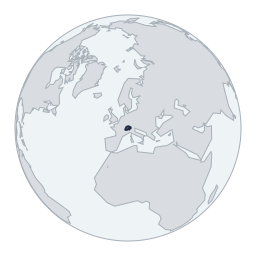 Switzerland on an orthographic globe, rotated 346°
{"feature_id": "CHE", "entity_name": "Switzerland", "entity_type": "country or territory", "adm_level": 0, "iso_a3": "CHE", "parent_name": "Europe", "parent_adm1": "", "projection": "orthographic", "projection_center": [8.313, 46.803], "detail": "fine", "context": "on_globe", "style": "filled", "palette": "slate", "viewbox_px": 256, "rotation_deg": 346, "n_neighbors": 0, "source": "natural_earth", "source_scale": "50m", "svg_char_len": 11085}
<svg xmlns="http://www.w3.org/2000/svg" viewBox="0 0 256 256"><g transform="rotate(346 128 128)"><circle cx="128" cy="128" r="113" fill="#eef3f6" stroke="#a8b0b8"/><path d="M31.8,69.3L33.4,66.9L47.8,49.3L37.2,61.3L42.9,54.2L44.7,52.2L44.5,52.4L51.2,45.9L55.9,41.7L64.9,35.6L73.1,33.2L70.0,34.9L72.4,34.4L76.3,32.3L78.4,31.1L91.7,28.2L105.2,24.3L108.3,22.2L108.5,23.6L113.6,19.4L120.1,17.9L113.4,20.2L113.3,21.0L118.1,20.1L119.0,20.7L121.9,20.7L122.5,21.6L118.6,23.2L118.9,23.9L122.3,23.3L125.1,24.0L120.1,24.8L124.4,26.2L118.6,29.6L104.6,31.9L102.1,35.4L89.5,42.4L91.3,42.9L87.7,46.1L88.5,48.0L85.9,49.0L88.7,49.6L90.9,48.4L92.9,48.3L93.5,49.3L90.4,50.7L89.6,50.4L89.0,51.4L87.2,51.6L88.5,52.1L84.6,53.8L89.3,53.7L87.0,56.4L84.2,57.1L83.3,54.9L74.5,51.9L71.4,52.4L67.8,55.1L63.6,64.2L60.6,65.8L57.5,69.5L59.6,69.5L62.9,66.6L66.1,67.7L69.7,64.4L71.6,64.5L75.8,62.1L76.4,64.8L74.7,68.9L71.3,71.0L70.4,73.0L74.7,73.0L69.3,79.3L67.4,87.7L65.9,89.2L61.0,88.1L58.5,82.6L52.2,82.1L57.5,85.0L53.6,89.1L53.5,91.0L54.4,92.4L56.4,91.8L55.3,93.9L49.6,91.6L50.5,89.7L52.3,90.3L51.1,87.9L47.3,86.8L45.6,89.2L41.6,85.8L40.3,87.5L38.7,87.9L41.0,85.2L36.9,90.1L31.9,88.2L26.1,96.9L30.4,87.0L31.2,83.2L31.5,79.5L30.5,80.8L32.4,74.8L31.7,72.8L28.0,77.4L24.7,84.0L22.9,89.9L24.0,88.9L23.7,92.5L20.5,96.9L19.4,105.3L17.5,110.2L16.8,115.2L17.0,118.1L17.0,123.3L18.2,122.7L19.7,125.2L18.5,129.9L20.2,128.1L20.3,132.7L23.9,141.0L23.3,141.4L26.1,153.9L31.1,163.8L32.2,168.8L31.4,170.0L33.6,173.1L33.7,174.5L44.0,186.4L50.7,194.6L51.5,198.9L47.8,200.0L48.8,206.5L43.3,202.1L44.3,203.4L39.1,197.2L34.4,190.7L30.2,183.9L26.5,176.8L23.3,169.5L20.6,162.0L18.5,154.2L16.9,146.4L15.8,138.4L15.4,130.5L16.0,129.3L16.8,121.8L16.8,119.0L16.3,119.4L17.3,109.1L18.9,102.2L27.2,77.7L31.8,69.3ZM24.4,99.2L23.3,111.3L22.3,107.1L22.8,107.3L23.4,103.6L24.0,98.2L23.7,94.9L24.4,99.2ZM27.5,98.5L27.6,96.7L27.7,98.1L27.5,98.5ZM79.1,30.5L76.3,32.2L72.4,34.0L74.6,32.4L79.1,30.5ZM86.7,27.8L85.6,28.6L83.1,28.8L84.5,28.3L86.7,27.8ZM110.3,20.8L107.8,21.4L109.9,20.6L110.3,20.8ZM122.2,20.6L122.6,20.2L123.9,20.4L122.2,20.6ZM75.2,60.8L75.4,61.4L74.5,61.5L75.2,60.8ZM76.7,59.2L75.4,58.9L75.9,58.1L76.7,58.3L76.7,59.2ZM126.1,22.0L128.0,22.6L125.4,22.3L126.1,22.0ZM78.2,59.9L77.1,56.8L78.0,55.4L81.8,55.2L78.2,59.9ZM128.7,23.0L133.6,24.5L134.9,23.8L133.8,26.9L130.1,24.5L126.6,24.2L128.7,23.7L128.7,23.0ZM91.3,47.5L89.0,48.9L90.3,46.8L91.3,47.5ZM91.7,46.3L92.9,40.5L96.6,39.2L95.5,41.3L99.8,39.0L101.0,41.1L98.9,42.9L96.3,43.3L98.8,43.9L91.7,46.3ZM132.5,28.5L133.1,29.1L131.7,28.8L132.5,28.5ZM93.8,48.1L93.7,47.0L96.9,45.7L97.7,47.8L96.4,47.5L93.8,48.1ZM100.4,37.4L102.9,36.9L104.6,38.5L105.8,38.5L101.4,41.1L100.4,37.4ZM96.0,48.3L98.0,48.9L97.1,50.4L94.1,49.1L96.0,48.3ZM97.4,44.6L99.0,44.1L98.4,45.0L97.4,44.6ZM94.9,56.6L94.7,55.2L96.4,54.3L94.9,56.6ZM98.8,49.0L99.1,48.4L99.7,48.0L100.8,48.7L98.8,49.0ZM102.9,42.1L103.0,42.9L104.8,41.1L106.1,42.4L102.9,43.9L104.8,43.8L105.3,44.2L102.2,45.0L102.9,42.1ZM103.8,48.1L100.2,50.7L100.2,53.5L98.7,54.2L99.1,49.6L103.8,48.1ZM103.1,46.2L103.2,47.5L101.3,47.7L100.1,46.9L103.1,46.2ZM108.1,42.7L106.9,40.4L107.7,40.2L108.1,42.7ZM104.2,48.8L105.0,48.2L104.4,49.0L104.2,48.8ZM107.3,44.5L106.8,43.7L107.7,43.5L107.3,44.5ZM107.2,47.7L106.0,48.5L105.2,48.0L107.2,47.7ZM107.6,46.2L108.9,46.1L105.6,47.3L107.2,45.9L107.6,46.2ZM108.2,44.4L108.6,44.0L108.3,44.8L108.2,44.4ZM111.2,49.5L107.2,51.1L105.3,49.9L109.4,48.4L111.2,49.5ZM240.3,119.8L239.9,116.8L239.6,117.5L238.4,112.1L235.7,107.1L236.0,112.4L234.7,109.3L231.1,107.3L230.8,114.8L231.0,131.3L233.1,139.7L232.3,146.2L226.3,139.8L222.5,133.1L221.1,136.4L214.3,134.1L204.7,143.0L202.7,141.5L201.0,144.3L196.2,144.9L192.9,142.2L190.3,144.2L198.8,151.0L201.6,148.8L203.0,142.9L205.0,145.9L209.5,146.0L206.6,158.7L191.3,176.6L188.8,170.7L172.1,156.7L172.0,154.2L171.9,153.9L171.6,153.5L171.1,157.8L167.9,154.6L177.9,166.0L180.0,171.3L191.1,177.2L190.3,178.7L193.6,179.1L202.9,170.9L203.1,173.0L199.3,185.6L185.6,204.5L186.9,210.7L185.0,216.5L175.2,223.3L174.9,226.2L169.7,228.9L168.6,230.5L163.7,233.2L156.0,236.0L144.3,238.2L144.5,237.3L140.0,235.7L134.3,228.7L138.2,224.0L137.6,220.4L129.0,211.6L130.9,205.8L128.4,203.4L123.3,204.1L120.2,201.0L117.0,200.8L96.5,200.7L89.7,195.4L80.4,179.8L83.7,175.1L83.4,168.2L105.5,147.5L111.2,149.6L129.9,146.5L132.4,147.3L131.3,153.3L146.2,158.8L149.7,153.3L162.0,154.4L169.5,151.9L170.2,140.2L157.9,144.1L154.7,139.3L163.6,131.6L174.2,128.3L173.3,126.3L165.7,124.1L167.2,119.2L162.9,123.0L165.3,124.5L162.8,127.0L160.4,125.9L161.0,124.1L157.5,124.2L155.5,132.9L157.7,135.4L149.3,138.9L152.2,143.5L150.2,146.3L144.5,139.7L144.4,136.8L134.6,129.9L134.0,133.2L143.2,140.0L140.8,139.8L140.0,144.7L138.7,140.8L128.8,132.8L120.5,135.1L111.6,146.7L106.4,147.3L101.3,144.5L103.0,132.6L114.4,132.6L115.1,128.8L111.4,122.9L115.2,123.6L115.1,121.3L119.2,121.1L123.7,115.6L127.8,114.8L128.2,107.8L130.4,106.6L129.5,111.0L131.0,113.8L140.9,112.1L142.4,110.4L141.9,106.1L144.7,106.3L143.0,102.4L148.0,99.6L140.4,99.9L139.6,95.2L141.9,91.1L140.3,89.7L136.5,96.5L136.3,99.3L138.2,101.4L136.3,109.4L133.2,111.1L130.0,103.3L125.3,104.9L124.9,98.5L135.3,83.5L140.3,79.9L151.4,83.3L151.0,86.5L146.8,86.8L151.8,90.5L150.9,88.3L153.2,88.6L153.0,84.5L154.6,84.6L151.7,80.8L153.7,80.4L155.5,82.8L156.9,76.9L160.7,75.2L160.2,73.9L158.7,72.9L164.5,71.7L163.9,70.8L161.7,70.8L159.2,69.1L156.9,65.6L159.0,65.4L160.1,66.6L165.7,68.9L168.3,72.4L168.9,72.0L167.2,68.9L160.4,66.0L158.5,64.1L161.7,64.9L160.4,64.5L160.1,63.4L161.8,62.2L158.2,61.1L151.9,50.8L154.5,47.8L158.1,49.5L156.0,42.9L159.1,40.5L157.1,40.4L154.8,37.6L153.7,38.3L152.6,38.1L146.1,31.7L146.2,30.2L141.1,27.9L140.1,28.0L139.8,28.9L133.8,26.9L134.9,23.8L137.1,23.8L136.3,22.0L141.5,22.4L145.4,22.1L151.7,23.9L154.3,23.7L153.6,23.1L156.6,22.5L165.1,24.0L161.1,25.5L149.0,25.0L154.2,25.3L153.8,26.1L156.2,26.8L159.8,27.1L159.7,26.6L169.8,32.6L180.1,36.6L177.3,33.6L178.4,32.7L187.7,35.9L203.6,47.9L205.2,47.8L207.2,49.3L209.9,52.5L207.1,50.3L207.4,51.7L205.4,50.2L208.8,54.9L206.1,52.9L210.2,57.8L211.7,58.2L209.7,54.6L214.3,59.9L215.8,59.5L219.1,62.8L227.0,75.3L230.4,83.4L231.3,85.0L231.0,86.0L233.1,91.8L235.5,94.8L236.3,97.2L238.6,106.8L238.2,105.2L237.5,107.6L239.2,114.3L239.7,114.0L239.9,114.8L240.3,119.8ZM99.2,159.6L98.9,161.8L99.2,159.6ZM186.4,130.2L192.1,127.1L187.8,121.7L189.6,120.2L187.5,119.0L187.5,121.4L182.0,117.8L183.8,114.3L182.2,111.6L180.2,112.6L177.8,119.7L185.6,124.7L185.0,128.3L186.4,130.2ZM24.0,141.2L24.3,143.1L23.6,141.8L24.0,141.2ZM21.3,108.3L21.5,110.2L21.3,111.8L21.0,110.7L21.3,108.3ZM24.6,123.1L25.2,125.5L24.3,123.8L24.6,123.1ZM23.3,113.1L24.1,121.4L22.4,118.7L21.9,113.5L22.7,116.0L23.3,113.1ZM25.7,100.2L25.6,101.6L25.1,102.1L25.7,100.2ZM27.6,99.5L27.5,99.1L27.9,97.9L27.6,99.5ZM53.9,89.2L54.3,89.5L54.9,91.2L53.9,91.0L53.9,89.2ZM62.1,95.7L60.1,98.9L60.8,96.4L59.0,96.6L58.1,91.7L65.1,89.7L62.1,91.4L62.1,95.7ZM58.9,84.9L58.7,88.0L58.6,84.7L58.9,84.9ZM110.4,109.9L112.2,111.4L111.3,114.0L106.1,115.6L107.5,111.7L110.4,109.9ZM115.1,113.0L113.4,105.2L116.5,104.1L115.0,106.0L117.3,106.0L115.5,109.1L120.1,116.0L119.6,118.8L110.4,119.8L113.7,117.9L111.7,116.4L115.1,113.0ZM103.6,89.2L102.9,86.3L110.5,87.5L110.3,90.1L105.2,91.7L102.5,89.6L103.6,89.2ZM85.1,60.3L84.3,59.6L85.2,59.1L86.5,59.4L85.1,60.3ZM94.7,56.0L89.3,63.3L88.1,62.8L86.4,68.0L82.7,68.7L83.9,65.2L79.8,69.8L79.4,67.0L76.9,70.3L80.2,62.5L79.7,60.3L81.6,62.5L85.0,61.9L86.4,60.9L89.8,56.8L90.5,52.0L94.0,50.9L96.3,51.3L96.7,52.3L94.3,52.7L96.5,53.7L93.3,55.1L94.7,56.0ZM121.1,60.6L118.1,60.1L122.0,63.4L118.9,64.4L119.5,64.7L117.7,66.5L116.6,69.4L115.0,69.4L115.2,70.6L114.0,71.9L113.8,73.5L110.9,74.2L110.5,76.2L109.3,75.4L109.3,78.8L108.0,76.6L106.3,78.3L108.5,79.5L93.2,80.6L87.8,83.1L83.9,86.5L82.2,82.7L84.7,77.2L89.3,71.7L94.8,70.0L93.0,68.7L95.1,67.6L95.6,69.1L96.1,66.1L98.0,65.6L102.1,61.4L101.6,57.7L103.1,56.2L104.2,57.4L104.9,55.1L108.1,56.4L109.2,55.4L113.5,55.8L115.0,58.9L116.1,57.6L119.4,58.0L121.1,60.6ZM112.4,49.7L114.9,52.9L114.4,55.1L107.2,53.5L105.7,54.2L101.1,53.5L101.9,50.4L103.1,50.9L104.5,50.6L103.7,51.7L105.4,50.7L107.2,51.3L109.0,50.7L109.3,51.9L112.4,49.7ZM134.6,144.8L136.4,144.9L139.1,144.3L138.7,147.5L134.6,144.8ZM127.8,139.5L129.3,139.0L130.1,142.9L128.2,143.0L127.8,139.5ZM129.5,135.4L129.4,138.6L128.3,136.9L129.5,135.4ZM130.9,110.4L132.4,109.7L132.9,110.6L132.3,112.2L130.9,110.4ZM131.9,71.4L130.3,70.6L130.6,70.0L128.8,66.9L130.9,66.1L132.9,67.6L131.9,71.4ZM168.5,142.9L166.7,145.7L165.4,145.1L166.3,144.2L168.5,142.9ZM152.3,147.3L156.3,147.8L152.1,148.2L152.3,147.3ZM134.0,70.0L133.0,68.8L134.7,69.2L134.0,70.0ZM132.4,65.4L134.4,65.5L131.0,65.6L132.4,65.4ZM201.0,207.0L192.0,218.6L187.6,221.0L187.8,219.3L191.8,213.2L197.2,208.8L200.1,204.8L201.0,207.0ZM240.6,126.4L240.0,124.9L240.2,122.1L240.4,120.9L240.6,126.4ZM233.5,140.1L235.2,142.7L234.6,145.2L233.5,140.1ZM232.4,87.1L233.1,89.5L232.5,88.6L231.3,84.9L232.4,87.1ZM221.6,65.8L223.7,68.7L224.6,70.1L223.9,69.2L221.6,65.8ZM151.2,62.9L151.4,68.0L153.0,71.4L156.2,72.9L151.8,73.2L149.3,67.8L151.2,62.9ZM151.6,52.3L148.8,51.2L149.9,50.4L150.7,50.5L151.6,52.3ZM150.0,52.5L146.8,53.7L145.1,52.3L148.0,51.6L150.0,52.5ZM140.5,61.6L140.4,63.1L139.0,62.7L140.5,61.6ZM205.9,47.0L204.8,46.2L203.1,44.5L204.4,45.5L205.9,47.0ZM196.5,38.7L202.3,43.8L206.7,48.2L206.5,47.7L209.5,50.6L208.6,50.2L203.8,45.6L200.9,42.6L198.2,40.7L194.7,37.9L192.0,36.5L189.8,35.0L191.3,35.4L196.5,38.7ZM191.0,36.0L185.1,33.3L182.9,31.1L183.7,31.3L187.3,33.4L188.3,34.3L191.0,36.0ZM183.0,32.0L183.8,33.0L176.9,32.5L174.9,31.9L179.0,30.8L180.1,31.8L182.1,32.4L183.0,32.0ZM134.1,28.8L133.2,29.1L133.3,28.5L134.1,28.8ZM152.1,38.5L150.6,38.1L150.9,37.3L152.1,38.5ZM146.6,36.7L147.4,37.9L145.7,36.7L146.6,36.7ZM149.2,40.6L147.2,38.4L150.4,40.4L149.2,40.6Z" fill="#d9dde1" stroke="#a8b0b8" stroke-width="1"/><path d="M129.6,126.6L129.7,126.8L129.6,127.1L129.6,127.3L129.6,127.5L129.8,127.5L130.1,127.6L130.3,127.8L130.5,127.9L130.7,127.6L130.8,127.6L130.9,127.8L130.8,128.1L130.9,128.3L130.9,128.5L130.6,128.4L130.4,128.4L130.4,128.5L130.4,128.8L130.5,129.0L130.4,129.1L130.3,128.9L130.2,128.8L129.8,129.0L129.7,129.0L129.6,128.9L129.5,128.7L129.3,128.6L129.3,128.8L129.3,129.0L129.2,129.1L129.0,129.4L129.0,129.5L128.9,129.5L129.0,129.7L129.0,129.8L128.9,129.9L128.8,129.7L128.6,129.6L128.7,129.4L128.4,129.4L128.2,129.1L128.2,128.8L128.2,128.7L128.0,128.8L127.9,128.9L127.7,129.0L127.7,129.3L127.6,129.5L127.4,129.7L127.0,129.6L126.9,129.6L126.7,129.7L126.4,129.8L126.2,129.7L126.0,129.4L125.9,129.3L125.9,129.2L126.0,129.0L125.9,128.9L125.9,128.7L125.7,128.7L125.4,128.7L125.3,128.8L125.2,128.9L125.2,129.0L124.9,129.3L124.8,129.2L125.0,129.0L125.0,128.9L124.9,128.7L125.0,128.6L125.0,128.4L125.3,128.2L125.5,127.9L125.5,127.7L125.8,127.5L126.0,127.3L126.2,127.1L126.3,127.0L126.3,126.9L126.2,126.9L126.2,126.7L126.3,126.6L126.5,126.7L126.5,126.8L126.8,126.7L127.1,126.4L127.2,126.5L127.5,126.5L127.8,126.4L128.0,126.4L128.1,126.5L128.2,126.4L128.3,126.4L128.2,126.3L128.2,126.2L128.3,126.1L128.5,126.2L128.7,126.3L128.8,126.3L129.1,126.3L129.4,126.4L129.6,126.6Z" fill="#64748b" stroke="#1e293b" stroke-width="1.5"/></g></svg>